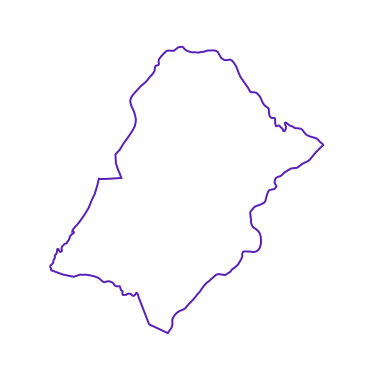 outline of Aramecina, Valle, Honduras, rotated 201°
{"feature_id": "27666195B66529854122091", "entity_name": "Aramecina", "entity_type": "district", "adm_level": 2, "iso_a3": "HND", "parent_name": "Honduras", "parent_adm1": "Valle", "projection": "robinson", "projection_center": [-87.695, 13.733], "detail": "fine", "context": "isolated", "style": "outline", "palette": "violet", "viewbox_px": 384, "rotation_deg": 201, "n_neighbors": 0, "source": "geoboundaries", "source_scale": "gbopen_adm2", "svg_char_len": 6000}
<svg xmlns="http://www.w3.org/2000/svg" viewBox="0 0 384 384"><g transform="rotate(201 192 192)"><path d="M295.4,68.5L282.8,68.7L272.2,70.4L267.0,74.6L263.9,75.8L261.0,76.9L258.3,77.5L252.7,78.3L249.9,78.3L247.8,78.1L244.1,76.7L243.0,76.4L242.2,76.3L241.6,76.4L241.1,76.6L239.7,77.8L238.1,78.7L237.5,78.9L235.9,79.0L234.3,79.0L233.5,78.9L232.4,78.3L230.8,77.2L230.1,77.0L229.5,76.9L228.9,76.9L228.3,77.0L226.2,78.0L225.8,78.1L225.6,78.0L225.0,77.5L224.2,76.3L222.9,74.8L221.2,74.4L220.9,73.8L220.7,72.7L220.4,71.8L220.0,71.3L219.4,71.2L216.7,72.3L216.5,72.5L216.3,73.1L215.7,73.7L214.8,74.3L213.8,74.7L213.2,74.9L212.6,74.8L212.2,74.7L211.6,74.3L210.5,74.0L209.8,74.0L209.3,74.2L208.8,74.6L208.5,75.2L208.2,76.1L208.2,77.0L208.0,77.4L207.7,77.8L207.2,77.9L206.7,77.7L206.1,77.2L204.7,75.5L204.0,74.5L184.6,53.1L164.0,51.6L163.7,53.1L162.8,56.6L162.6,57.8L162.5,59.1L162.6,60.1L162.9,61.4L163.7,63.7L164.6,65.5L164.7,66.2L164.7,67.0L164.5,68.5L164.0,70.9L163.5,72.3L163.1,73.3L162.7,74.0L161.7,75.5L160.8,76.6L159.2,78.0L158.1,79.1L157.0,80.4L156.6,81.1L156.0,83.1L155.5,84.6L152.3,92.2L151.3,94.9L150.3,98.5L148.9,102.1L148.1,105.6L147.3,108.5L146.5,110.7L145.8,112.4L145.4,113.1L144.4,114.4L143.0,117.3L140.4,122.3L140.0,123.0L139.4,123.7L138.5,124.5L137.4,125.0L131.7,126.2L131.3,126.4L130.4,127.5L127.6,131.4L127.4,132.0L127.2,133.3L126.9,133.9L126.4,134.9L125.1,136.6L124.3,138.1L123.5,139.7L123.0,140.9L122.2,145.5L121.9,148.8L121.9,149.6L122.0,150.1L122.7,151.4L122.9,152.3L123.0,153.8L123.0,154.2L122.8,154.5L122.4,154.9L121.7,155.3L119.7,156.1L117.0,157.0L114.1,157.7L113.2,158.0L112.2,158.5L111.2,159.1L110.4,160.0L109.6,161.2L109.1,162.4L108.8,163.7L108.8,165.2L108.9,166.4L109.2,168.7L109.6,169.9L110.5,172.1L111.5,174.3L112.1,175.4L113.0,176.5L113.9,177.5L114.8,178.3L115.7,178.9L116.9,179.5L118.5,180.1L120.0,180.5L121.5,180.8L122.4,181.1L123.4,181.8L124.7,183.0L125.5,184.0L126.0,184.7L126.3,185.5L126.8,187.0L129.9,192.7L130.3,193.9L130.3,194.5L130.2,195.2L129.6,197.1L128.6,199.7L128.2,200.6L127.0,201.9L123.7,204.7L121.2,207.4L120.8,208.0L120.5,208.7L120.3,209.3L120.3,210.0L120.8,214.0L121.0,217.6L121.0,219.3L120.9,220.3L120.5,221.2L119.8,222.0L116.3,224.2L115.6,225.6L115.4,226.3L115.3,226.9L115.3,227.6L115.5,228.1L116.3,228.6L117.6,229.7L118.1,230.1L118.2,230.3L118.6,231.7L118.9,233.2L118.9,234.2L118.6,235.1L118.0,236.0L117.2,236.9L116.6,237.4L115.6,238.1L114.9,238.8L113.8,240.8L112.8,243.2L108.4,249.0L108.0,249.4L107.2,249.9L103.3,251.8L102.7,252.2L101.6,253.7L98.9,258.1L96.2,260.9L94.5,262.8L93.9,263.9L93.3,265.3L92.2,268.7L91.1,272.1L90.7,273.3L87.5,280.4L86.3,282.9L87.6,283.8L89.8,284.4L91.1,285.0L93.4,286.2L94.6,286.6L96.0,286.6L100.9,286.2L102.7,286.1L104.2,286.2L105.4,286.4L106.2,286.6L107.3,287.1L109.0,288.1L110.7,289.3L111.7,289.7L112.4,289.9L113.2,290.0L114.1,289.9L115.7,289.5L117.7,288.8L118.8,288.6L119.3,288.6L119.9,288.7L120.7,289.0L122.0,289.2L124.8,289.1L127.4,290.0L128.9,290.4L129.4,290.4L129.7,290.2L129.8,289.9L129.9,289.6L129.8,289.2L129.6,288.9L127.9,286.8L127.5,286.2L127.3,285.6L127.1,284.4L127.2,283.0L127.3,282.4L127.7,281.9L128.2,281.7L128.6,281.7L130.3,283.6L132.3,284.2L133.2,284.8L134.2,285.2L134.6,285.2L135.0,285.1L136.4,283.9L136.8,283.7L137.1,283.7L137.8,284.2L138.5,285.2L139.4,286.9L140.2,289.2L140.6,289.9L141.1,290.4L141.4,290.5L141.8,290.6L143.2,290.0L144.2,289.7L144.6,289.7L145.7,290.1L146.9,290.9L147.5,291.8L148.5,293.5L149.9,296.6L150.2,297.1L150.4,297.4L151.2,297.7L154.7,298.6L155.7,299.1L157.0,300.0L158.1,300.8L161.4,304.2L162.5,305.2L164.3,306.3L166.1,307.2L167.5,307.6L168.7,307.5L170.2,307.2L172.2,306.5L172.8,306.3L173.3,306.4L174.0,306.8L174.7,307.3L176.2,308.7L177.7,309.9L179.2,310.8L188.0,316.8L189.0,317.7L191.9,320.8L194.2,323.4L195.0,324.3L197.7,326.6L201.0,328.7L202.6,329.2L203.6,329.3L204.5,329.0L206.3,327.8L207.6,327.2L209.0,326.9L209.9,326.9L210.9,327.1L212.2,327.4L213.1,327.8L215.1,329.5L216.9,330.9L217.8,331.8L218.4,332.1L219.3,332.3L220.0,332.4L220.8,332.4L222.6,331.9L227.5,329.9L229.2,328.9L230.5,327.7L231.1,327.3L233.8,325.9L236.1,324.4L236.9,324.1L239.1,323.6L239.9,323.3L241.2,322.7L241.9,322.5L243.3,322.2L245.5,322.0L247.4,322.1L248.4,322.2L249.4,322.6L250.6,323.0L251.6,323.6L252.3,323.9L253.0,324.0L253.7,323.8L255.9,322.7L256.6,322.2L257.2,321.2L258.5,319.1L259.2,317.8L259.6,317.3L260.6,316.9L264.9,315.5L265.4,315.3L266.0,314.8L266.4,314.2L266.9,313.4L267.8,311.5L269.4,307.6L270.2,304.8L270.3,303.6L270.1,302.3L269.6,301.1L268.8,299.9L268.7,299.1L268.8,298.6L268.9,298.4L270.9,297.1L271.1,296.8L271.3,296.4L271.3,295.9L271.2,295.2L270.6,292.7L270.4,291.7L270.6,290.3L271.1,288.0L272.8,283.7L273.4,281.6L274.2,279.2L274.8,277.9L277.7,272.5L281.0,264.2L281.9,261.6L282.4,259.9L282.6,259.0L282.6,257.2L282.5,255.9L282.3,254.9L281.7,253.7L281.0,252.6L279.9,251.2L279.3,250.5L276.1,247.4L274.8,246.1L273.4,244.2L271.8,241.9L270.7,240.2L270.2,239.1L269.9,238.0L269.4,235.9L269.1,233.7L269.1,232.1L269.3,229.9L269.6,228.0L270.3,224.5L271.5,219.4L273.4,212.4L274.6,205.5L274.9,204.8L275.6,203.1L276.5,200.8L276.8,199.8L276.8,199.2L273.3,191.5L269.3,186.6L266.7,184.0L263.0,179.8L274.2,174.6L279.5,172.3L283.7,170.9L282.7,163.7L282.1,155.2L282.7,148.5L282.8,139.9L284.4,131.4L286.6,122.9L288.8,117.1L289.8,113.8L289.6,112.3L289.1,112.7L288.7,112.7L288.1,112.3L287.8,111.9L287.8,111.6L287.9,111.1L288.0,110.7L288.7,109.9L289.2,109.2L290.0,107.0L290.0,106.0L289.7,105.0L289.9,102.4L290.2,101.9L290.4,101.4L290.6,100.6L290.6,99.8L290.8,99.1L292.4,97.7L292.7,97.2L293.0,96.2L293.7,94.7L293.7,93.7L293.5,92.4L293.4,92.1L293.0,91.6L292.6,91.0L292.4,90.5L292.4,90.1L292.8,89.4L293.3,89.0L293.5,88.9L294.0,89.0L294.8,89.5L296.4,90.8L296.7,90.9L296.9,90.8L297.0,90.6L297.2,90.3L297.1,89.3L296.7,88.1L296.4,85.8L296.5,85.4L296.6,85.1L297.2,84.4L297.3,83.8L297.1,83.0L296.6,82.0L296.4,81.4L296.5,81.0L296.9,79.3L296.6,77.3L296.3,75.8L296.5,75.0L297.0,74.2L297.5,73.2L297.7,72.5L297.7,72.0L297.6,71.6L297.4,71.1L296.0,69.9L295.6,69.1L295.4,68.5Z" fill="none" stroke="#5b21b6" stroke-width="2"/></g></svg>